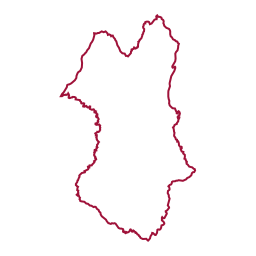 the district of Suárez, Cauca, Colombia
{"feature_id": "7082276B17294841242383", "entity_name": "Suárez", "entity_type": "district", "adm_level": 2, "iso_a3": "COL", "parent_name": "Colombia", "parent_adm1": "Cauca", "projection": "equal_earth", "projection_center": [-76.756, 2.939], "detail": "fine", "context": "isolated", "style": "outline", "palette": "rose", "viewbox_px": 256, "rotation_deg": 0, "n_neighbors": 0, "source": "geoboundaries", "source_scale": "gbopen_adm2", "svg_char_len": 5756}
<svg xmlns="http://www.w3.org/2000/svg" viewBox="0 0 256 256"><path d="M94.1,33.2L94.1,34.0L94.5,34.7L93.2,39.6L92.0,41.9L90.8,43.4L89.0,48.2L87.3,50.1L86.1,52.4L85.1,53.2L84.3,54.3L82.3,55.9L81.5,58.9L82.1,63.0L81.8,67.5L80.2,70.9L78.3,72.1L77.5,73.3L76.5,75.9L76.3,78.0L74.9,80.2L71.3,83.3L69.3,84.4L68.3,84.5L67.2,85.1L66.8,87.2L63.7,92.3L62.2,93.8L60.9,96.2L62.0,96.2L64.0,94.8L65.1,95.0L66.0,94.5L66.8,94.9L67.9,94.1L68.2,93.4L68.8,94.4L69.1,95.7L68.6,97.1L68.7,97.8L69.4,98.1L70.5,97.9L71.3,97.4L72.1,97.5L72.7,96.9L74.5,97.0L75.7,97.6L75.8,98.4L75.6,99.4L79.9,100.1L80.2,101.2L81.1,101.9L81.3,103.3L82.2,103.6L83.2,103.2L84.2,103.5L84.1,105.1L83.1,106.1L83.2,106.5L84.6,106.7L86.2,105.9L86.9,106.5L87.1,107.1L88.1,107.6L88.7,107.5L89.6,106.4L90.2,106.5L90.2,107.3L89.9,107.8L89.9,108.9L92.0,109.8L93.2,109.3L93.8,109.4L94.3,110.2L94.4,111.4L95.1,111.0L95.8,111.3L94.9,112.5L96.3,112.9L96.4,113.5L97.3,114.2L96.7,115.0L97.3,115.3L97.3,115.6L96.2,116.1L96.1,116.7L96.7,117.3L97.6,117.2L98.7,119.1L97.7,120.9L97.7,121.5L98.2,121.4L98.3,121.8L97.4,122.9L95.5,123.5L95.5,124.3L96.3,124.8L96.7,124.5L98.1,124.8L99.2,124.5L100.2,125.6L99.8,126.8L100.3,127.6L100.0,128.7L100.2,129.9L99.6,130.6L99.4,131.4L98.3,132.0L97.3,131.8L97.2,132.3L95.3,133.4L95.8,134.2L95.8,135.4L96.8,135.3L96.7,137.1L96.3,137.5L96.7,138.3L96.6,139.0L97.0,139.4L97.2,140.3L98.9,142.0L98.3,142.6L98.1,143.6L97.0,144.9L97.1,145.8L96.9,146.5L97.3,147.1L96.6,147.3L96.9,148.1L95.8,149.5L96.4,150.2L96.4,150.5L95.9,150.6L95.5,149.8L94.7,149.9L94.5,151.3L94.9,152.1L94.2,152.6L94.5,153.7L94.1,154.6L94.2,155.6L95.3,156.7L95.4,157.3L95.1,157.2L95.1,158.0L95.9,158.3L96.2,159.3L94.1,161.1L94.6,161.8L94.1,162.3L93.7,163.1L92.3,164.4L91.7,165.4L89.6,165.4L89.4,167.1L88.2,166.5L87.9,166.7L88.4,168.7L88.0,169.4L84.5,171.1L85.0,171.9L84.9,172.3L81.8,173.0L79.6,175.1L79.2,175.9L79.5,176.4L79.4,177.1L78.7,178.2L78.0,180.3L77.5,180.5L77.2,182.1L75.9,183.9L75.9,185.1L76.6,185.5L76.8,186.1L78.0,186.8L77.5,187.8L77.2,190.1L78.3,190.6L78.0,192.0L78.4,193.0L76.7,194.8L77.7,195.7L78.6,195.2L79.5,197.3L80.0,197.8L79.5,199.2L80.1,200.1L80.2,200.9L81.1,201.3L84.4,201.8L86.2,203.5L88.0,203.8L89.8,205.5L91.4,205.7L93.6,207.1L94.9,206.7L95.8,207.0L96.9,208.8L98.7,210.1L99.1,211.5L100.4,212.6L100.7,214.5L101.8,216.3L106.0,219.7L106.7,221.1L108.4,223.2L109.3,223.3L110.4,223.9L111.0,223.9L111.9,223.2L113.3,223.5L114.6,223.2L115.6,223.7L118.6,228.0L120.1,228.6L121.5,228.6L123.1,229.2L123.3,230.0L123.0,231.1L123.1,231.8L123.5,232.0L123.9,231.6L124.6,231.6L125.0,232.7L125.5,233.2L125.9,233.1L126.4,232.0L127.6,232.5L128.8,231.9L129.7,230.9L130.1,229.7L130.4,229.4L130.8,229.5L131.7,231.4L132.2,231.7L132.7,231.6L132.7,230.7L133.2,230.4L134.1,231.0L134.4,231.6L135.2,231.9L135.5,232.9L136.3,232.7L137.5,234.5L138.5,234.8L139.1,236.1L140.0,236.6L140.2,237.5L140.9,238.1L142.8,239.0L146.3,238.8L147.8,240.5L148.2,240.6L150.0,238.4L150.5,236.3L151.9,234.2L152.2,232.9L153.1,233.1L154.9,234.9L155.7,235.0L157.0,232.9L157.4,229.8L158.1,229.4L159.5,229.7L160.3,229.3L161.1,227.8L161.5,225.4L163.4,224.8L164.3,223.7L164.2,222.9L163.5,221.7L161.9,220.4L161.9,217.6L162.2,217.1L163.3,218.3L164.4,218.1L166.8,213.7L166.7,213.1L165.8,212.0L165.7,211.2L167.2,210.3L169.1,207.8L168.9,207.0L167.8,205.4L169.6,198.6L168.8,196.7L168.8,195.2L167.7,193.1L168.0,190.9L169.4,189.8L169.6,189.1L169.2,187.1L168.4,186.4L168.6,186.0L169.8,184.9L171.2,184.4L171.7,183.4L172.0,181.9L172.8,181.4L175.3,181.2L176.1,180.7L177.4,180.7L178.6,180.2L182.9,180.8L186.2,179.3L187.2,178.0L189.3,177.1L191.3,175.3L191.9,173.2L192.8,172.3L194.2,172.1L195.1,170.4L194.7,169.1L193.7,168.8L192.3,167.4L189.2,166.6L187.8,164.7L186.6,163.8L186.4,162.4L186.8,162.3L186.9,161.8L185.8,160.4L185.6,159.2L184.4,158.7L184.9,156.9L184.8,154.8L183.2,153.5L183.4,151.9L181.7,151.5L180.6,149.0L181.7,148.4L181.7,147.0L181.3,146.7L180.2,146.9L179.8,146.5L179.0,145.2L178.8,143.1L178.2,141.4L177.2,141.6L177.0,139.7L176.0,139.5L175.7,139.0L175.4,137.6L174.3,136.3L174.1,135.3L174.5,132.7L174.1,131.9L173.7,128.9L173.0,127.4L173.9,126.8L174.5,125.1L175.9,124.2L176.7,124.1L177.0,122.9L178.2,121.3L178.3,119.9L179.2,118.2L179.4,117.3L178.9,117.1L177.8,117.7L177.6,117.0L178.4,115.9L179.5,115.1L179.9,113.4L179.4,112.0L178.6,111.2L178.2,111.5L177.6,113.5L176.7,113.3L176.6,111.8L175.9,110.9L175.0,108.5L172.5,108.2L170.3,106.1L169.6,105.2L169.4,104.1L169.1,103.6L169.3,100.9L168.7,99.0L168.3,96.6L168.3,92.7L168.4,90.9L170.0,86.2L169.6,83.9L169.7,82.8L171.3,76.1L174.3,71.0L175.3,68.0L175.2,67.0L174.9,66.7L173.6,67.5L172.7,67.7L172.4,67.3L172.3,66.3L175.2,61.3L175.6,58.6L175.3,53.6L176.1,51.9L177.5,50.4L178.1,47.7L178.2,45.7L178.9,43.8L177.8,42.9L177.6,42.1L176.8,41.3L176.1,41.3L175.5,40.9L175.2,40.3L173.0,39.3L171.9,37.3L170.7,36.3L170.2,34.2L170.2,31.2L169.8,30.1L169.0,28.9L166.3,27.8L164.2,25.7L163.9,24.2L163.4,23.4L163.7,21.2L163.2,20.0L161.7,19.0L161.4,17.6L160.0,16.9L158.7,16.9L158.0,16.5L157.2,15.4L156.4,16.1L156.2,16.8L156.8,18.1L156.6,19.2L155.7,19.2L154.4,19.8L151.6,23.5L149.9,24.2L149.1,22.1L148.1,21.6L146.3,21.7L145.3,22.1L145.3,23.4L144.7,23.3L144.0,23.9L143.6,24.8L143.7,25.7L143.1,26.5L143.2,27.8L144.2,29.0L144.0,31.4L143.3,32.2L143.1,33.8L142.3,34.6L142.3,35.7L141.3,38.4L139.7,39.8L139.7,40.3L139.3,40.6L139.1,41.3L138.4,41.8L138.7,42.1L138.1,44.0L138.0,46.7L137.4,46.8L137.3,47.6L135.5,48.6L135.0,48.5L134.6,47.6L134.1,47.4L133.5,48.9L131.6,49.4L131.5,49.8L131.9,50.6L131.0,51.4L130.9,53.1L128.0,56.4L127.0,55.8L125.9,55.9L124.7,53.6L122.4,53.3L120.4,51.4L119.0,47.8L117.4,45.3L116.3,41.3L115.3,40.1L115.1,39.2L113.3,37.0L112.8,35.6L111.8,35.6L111.1,36.2L110.4,35.0L109.2,34.4L107.9,34.9L107.5,33.4L105.6,31.4L103.7,32.2L101.7,31.4L99.0,33.0L97.8,33.0L96.6,33.6L94.1,33.2Z" fill="none" stroke="#9f1239" stroke-width="2"/></svg>